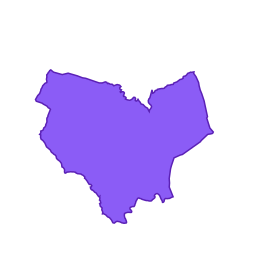 San Melchor Betaza, Oaxaca, Mexico (orthographic projection), rotated 245°
{"feature_id": "50627088B57690214716715", "entity_name": "San Melchor Betaza", "entity_type": "district", "adm_level": 2, "iso_a3": "MEX", "parent_name": "Mexico", "parent_adm1": "Oaxaca", "projection": "orthographic", "projection_center": [-96.157, 17.242], "detail": "fine", "context": "isolated", "style": "filled", "palette": "violet", "viewbox_px": 256, "rotation_deg": 245, "n_neighbors": 0, "source": "geoboundaries", "source_scale": "gbopen_adm2", "svg_char_len": 4586}
<svg xmlns="http://www.w3.org/2000/svg" viewBox="0 0 256 256"><g transform="rotate(245 128 128)"><path d="M151.0,211.5L151.6,209.1L152.2,208.2L152.1,207.1L152.3,205.2L151.4,203.7L150.9,202.1L151.3,200.4L150.9,199.4L149.7,198.9L149.6,196.9L150.0,195.8L149.1,191.7L149.3,190.0L149.4,188.4L148.4,187.4L149.2,185.3L149.0,184.9L150.0,182.0L150.1,181.7L149.4,180.5L149.4,179.5L149.2,178.5L148.9,178.2L148.7,177.6L149.0,176.4L149.6,175.2L150.2,173.0L150.6,171.1L150.3,170.9L150.2,170.4L150.4,168.5L149.8,167.6L149.3,167.2L149.0,165.7L149.1,165.1L152.4,165.9L149.9,163.8L147.1,161.4L146.0,160.4L145.6,159.3L144.2,157.9L142.3,157.3L140.4,157.8L138.8,158.5L137.2,158.3L136.0,156.8L135.3,155.2L133.9,154.2L134.7,154.1L137.7,154.1L139.8,152.6L142.9,151.6L144.1,150.1L145.3,149.9L146.1,150.0L147.3,149.5L149.8,149.2L148.9,147.8L148.9,146.9L149.8,146.2L151.7,147.4L152.9,147.1L153.4,146.0L152.4,143.7L152.3,141.4L153.8,139.3L155.4,137.9L156.1,139.0L156.7,139.0L158.3,138.0L158.4,137.4L159.0,137.4L161.2,139.5L162.0,139.5L162.9,138.9L163.4,137.8L163.3,136.4L164.1,136.2L165.3,138.2L166.8,137.1L168.0,137.5L168.5,139.1L170.4,138.5L172.0,136.5L172.3,133.0L174.3,132.2L175.2,130.4L176.8,129.3L176.7,128.5L177.5,128.1L178.3,128.1L179.4,126.9L179.7,123.7L181.0,121.0L182.1,119.8L190.9,110.7L192.7,108.0L196.8,104.0L203.0,96.9L204.2,91.0L210.1,84.1L213.3,82.6L213.1,81.2L212.5,80.6L212.0,79.2L211.2,78.3L210.5,76.8L210.0,76.6L208.5,76.0L206.7,74.7L204.6,74.2L203.5,73.6L203.6,71.7L202.7,69.5L202.3,68.5L200.9,67.1L199.9,65.5L198.7,64.7L196.4,62.3L196.3,61.7L195.5,59.8L192.9,56.2L191.0,56.2L188.2,59.2L186.5,60.9L185.4,61.3L184.7,61.9L182.1,63.8L180.0,64.3L179.0,65.1L177.7,65.6L173.1,60.7L172.4,60.4L171.6,59.3L171.5,59.0L170.6,58.3L168.0,57.2L167.5,56.8L167.0,56.3L166.4,55.6L165.5,54.6L164.9,54.5L163.9,52.9L163.6,51.6L162.2,50.5L161.9,49.0L162.1,47.6L160.8,47.2L160.1,46.4L159.5,45.2L158.6,46.0L156.5,44.8L154.6,44.5L152.6,45.6L149.5,46.3L145.3,46.2L140.9,48.3L138.8,48.3L137.7,48.7L136.8,49.3L135.9,49.5L134.9,50.1L134.1,50.7L132.5,50.9L131.1,50.4L129.4,50.7L126.6,52.2L124.0,52.7L122.2,52.2L120.6,51.7L119.7,52.5L118.2,52.9L116.8,52.8L115.1,51.9L114.1,51.7L113.6,52.1L113.5,52.6L113.8,54.0L113.0,56.2L112.5,57.8L111.7,58.9L111.6,59.6L111.2,60.1L110.0,61.8L109.3,61.8L107.9,63.0L106.9,64.7L106.1,66.0L105.6,66.1L103.7,67.6L103.3,67.6L101.9,68.2L100.8,67.4L100.3,67.7L99.1,68.2L97.8,68.3L96.9,68.7L96.2,68.6L93.3,69.0L92.5,70.5L91.7,70.6L91.0,70.8L90.2,69.8L90.4,68.9L89.9,68.8L88.8,68.5L88.0,68.7L87.3,68.9L87.2,69.3L86.1,69.9L85.0,70.4L84.0,70.6L82.7,71.6L78.2,72.4L77.9,72.7L78.0,73.3L77.8,73.1L77.4,73.3L75.8,72.6L74.7,71.7L73.9,72.2L72.2,71.7L71.6,71.7L71.4,70.3L70.2,70.3L69.1,69.8L66.5,70.7L64.8,69.6L63.9,69.7L62.0,69.5L61.6,68.9L61.0,68.6L61.0,68.9L60.5,69.8L59.9,70.1L59.4,70.6L58.8,71.0L58.3,71.3L57.7,71.4L56.0,72.0L55.5,72.5L55.1,72.9L54.4,73.3L53.7,73.6L52.8,73.8L51.7,74.1L50.0,74.2L48.7,74.2L48.3,74.4L48.1,74.7L47.9,75.0L47.6,75.4L47.7,75.9L47.9,76.7L48.1,77.6L48.1,78.3L47.8,79.1L47.4,79.6L46.8,80.5L45.8,81.5L44.9,82.1L44.4,82.7L43.9,83.4L43.3,84.2L42.9,85.6L42.7,86.0L42.7,86.4L42.9,86.7L43.6,87.0L44.9,87.2L45.6,87.2L46.2,87.3L47.2,87.3L47.6,87.1L48.9,87.3L50.5,87.8L51.0,88.1L51.3,88.4L51.7,88.5L51.8,88.6L52.0,89.0L52.0,90.2L51.9,90.8L51.7,92.1L51.3,92.9L50.8,93.9L50.4,94.6L50.2,95.0L50.1,95.5L50.5,95.9L50.8,96.1L51.2,96.2L51.7,95.9L52.4,96.0L53.8,95.5L54.6,95.9L55.1,96.5L55.0,97.4L55.0,98.3L54.8,99.1L54.6,99.6L54.3,100.1L54.4,100.5L55.0,101.4L55.8,102.0L56.6,102.9L57.2,103.5L58.1,104.0L58.5,104.9L58.9,105.1L59.1,105.6L60.0,106.8L60.2,107.5L59.9,108.4L58.9,109.2L58.5,109.9L57.5,110.5L55.0,113.3L54.6,113.8L54.2,114.5L53.8,115.3L53.5,115.7L53.0,116.2L52.8,116.5L52.1,118.0L52.2,119.0L52.7,119.7L52.9,121.0L53.1,121.7L53.3,122.3L53.4,122.7L53.9,123.2L54.2,123.4L54.6,123.4L55.2,123.1L55.8,123.7L56.1,124.0L56.3,124.6L56.5,125.5L56.4,126.2L56.2,126.8L55.7,127.2L54.5,127.8L53.6,128.1L52.0,128.1L50.8,128.0L48.8,128.0L48.0,128.2L47.4,128.2L46.6,127.9L46.3,128.0L46.0,127.9L45.8,128.3L45.8,128.6L46.1,129.5L46.5,129.8L47.2,130.4L47.7,130.6L47.9,131.0L48.1,131.6L48.3,132.0L48.1,132.5L47.9,132.8L47.5,133.5L47.3,133.9L46.8,135.5L46.6,136.0L46.7,136.8L46.7,138.3L46.7,139.0L46.6,139.8L57.0,140.4L60.6,142.4L64.8,144.0L73.0,149.3L75.6,151.5L81.5,157.1L81.4,164.0L81.0,166.1L85.0,188.0L85.6,188.8L88.5,197.5L88.4,198.2L87.7,200.4L87.4,202.0L87.5,202.6L88.3,203.6L93.4,202.2L103.3,203.5L103.8,203.5L104.6,204.8L116.9,207.6L120.2,208.4L127.7,209.3L132.0,209.5L136.2,210.3L139.4,211.2L145.7,211.3L149.7,210.6L151.0,211.5Z" fill="#8b5cf6" stroke="#5b21b6" stroke-width="1.5"/></g></svg>